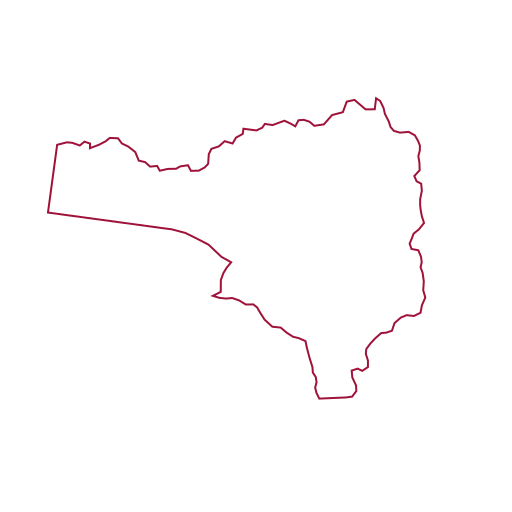 Tacima, Paraíba, Brazil, rotated 344°
{"feature_id": "56859067B48100654649443", "entity_name": "Tacima", "entity_type": "district", "adm_level": 2, "iso_a3": "BRA", "parent_name": "Brazil", "parent_adm1": "Paraíba", "projection": "orthographic", "projection_center": [-35.512, -6.551], "detail": "fine", "context": "isolated", "style": "outline", "palette": "rose", "viewbox_px": 512, "rotation_deg": 344, "n_neighbors": 0, "source": "geoboundaries", "source_scale": "gbopen_adm2", "svg_char_len": 1996}
<svg xmlns="http://www.w3.org/2000/svg" viewBox="0 0 512 512"><g transform="rotate(344 256 256)"><path d="M185.8,142.2L178.9,140.9L175.3,135.2L169.6,132.0L168.6,122.8L163.3,115.5L158.1,110.9L155.8,104.8L148.0,102.2L143.0,104.3L135.7,105.8L126.1,106.6L127.5,102.2L122.6,98.8L117.1,101.2L110.5,96.5L105.5,94.6L95.5,94.3L68.0,156.9L173.5,203.3L182.3,207.1L194.5,214.4L202.1,221.3L213.5,232.0L222.6,247.4L230.4,255.2L224.5,259.2L220.0,263.4L215.6,269.4L212.2,280.8L203.6,282.4L209.2,286.1L215.6,288.7L221.5,289.8L227.5,294.0L232.8,299.8L240.1,301.8L242.9,305.7L244.4,311.7L246.7,319.5L252.2,328.5L260.0,331.6L264.3,338.1L269.4,343.9L274.4,346.7L280.1,351.4L279.6,358.3L279.4,368.3L279.6,378.6L278.5,383.8L280.1,388.8L279.4,394.1L276.6,398.8L276.4,404.1L277.5,410.5L303.2,416.7L309.6,417.7L315.2,413.5L316.5,408.0L315.1,399.3L316.4,392.5L322.7,392.3L326.5,395.7L333.0,393.6L334.8,387.3L334.6,380.3L336.4,375.8L341.9,371.6L348.1,367.9L355.1,364.6L360.1,365.6L366.1,365.3L370.7,358.6L378.3,355.1L384.5,354.4L391.3,357.2L398.5,355.9L401.9,349.1L407.3,342.6L407.3,335.0L410.3,326.7L411.5,318.3L411.1,312.2L413.6,307.6L414.4,302.3L413.6,295.2L407.4,292.1L407.1,286.4L410.6,282.1L413.6,278.0L419.9,275.3L426.6,270.6L426.4,263.6L426.9,257.8L427.7,252.7L429.5,246.6L433.4,239.0L434.7,232.0L431.0,228.5L430.2,222.8L437.0,218.6L438.8,211.3L439.6,204.7L442.5,199.8L444.0,195.1L443.5,190.1L442.0,183.8L437.0,178.8L428.4,177.1L423.0,173.7L420.9,169.1L420.7,163.2L419.1,155.0L419.4,148.8L418.1,141.2L414.9,137.5L410.6,147.7L401.7,145.2L393.7,133.1L385.8,132.6L379.1,141.7L368.0,141.5L357.5,148.2L347.9,146.9L344.5,141.7L339.5,138.3L334.3,137.2L329.5,142.2L326.0,138.5L320.6,133.8L313.6,134.3L308.1,134.7L300.9,131.5L297.3,134.4L291.0,135.4L279.0,130.2L276.9,135.0L269.4,136.7L264.5,141.4L257.5,137.0L250.5,140.4L242.7,140.7L238.7,145.1L235.4,154.2L231.2,156.7L224.5,158.2L216.9,156.2L215.6,150.0L207.9,149.0L203.1,150.1L195.3,148.0L187.0,147.5L185.8,142.2Z" fill="none" stroke="#9f1239" stroke-width="2"/></g></svg>